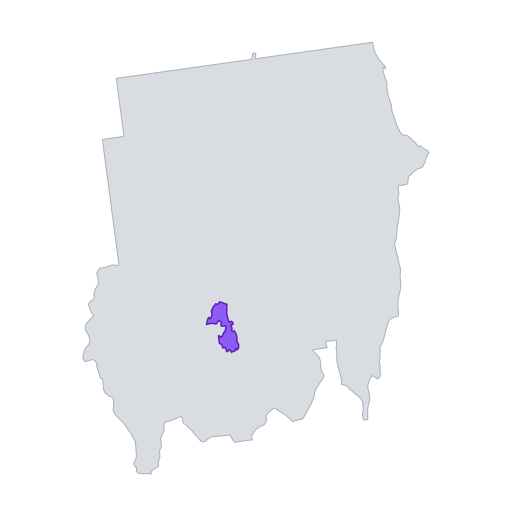 location of An Nuhud, North Kordufan, Sudan, rotated 352°
{"feature_id": "16777658B62353241688309", "entity_name": "An Nuhud", "entity_type": "district", "adm_level": 2, "iso_a3": "SDN", "parent_name": "Sudan", "parent_adm1": "North Kordufan", "projection": "equal_earth", "projection_center": [28.354, 13.164], "detail": "fine", "context": "in_parent", "style": "filled", "palette": "violet", "viewbox_px": 512, "rotation_deg": 352, "n_neighbors": 0, "source": "geoboundaries", "source_scale": "gbopen_adm2", "svg_char_len": 5418}
<svg xmlns="http://www.w3.org/2000/svg" viewBox="0 0 512 512"><g transform="rotate(352 256 256)"><path d="M344.1,433.4L339.9,433.4L339.4,432.0L339.4,428.4L339.9,425.7L341.4,421.3L341.0,418.9L341.2,415.5L340.1,411.7L330.0,400.6L328.0,397.5L322.6,394.7L323.5,391.6L321.2,368.8L322.3,366.2L322.6,362.2L322.5,358.7L323.8,352.9L323.9,350.5L313.2,350.3L313.1,352.8L313.6,355.6L313.6,356.7L298.8,356.8L304.8,365.7L305.0,369.6L304.8,374.5L304.8,377.6L305.2,379.6L306.8,383.6L306.7,384.4L306.3,385.3L295.9,397.2L294.1,402.7L292.7,405.6L289.7,410.5L280.1,423.2L278.5,424.1L271.2,424.5L270.5,424.8L269.9,425.4L269.6,425.3L263.3,417.8L252.7,408.8L245.7,413.5L243.8,415.2L243.8,419.5L242.8,421.7L240.9,424.1L235.7,425.7L233.0,427.0L229.8,429.4L226.7,433.5L226.5,435.6L226.8,437.5L209.0,437.4L207.8,435.9L205.2,429.2L203.4,429.6L187.2,428.8L184.8,429.5L180.2,432.3L177.9,432.7L175.4,431.4L166.9,418.2L165.1,416.6L163.2,413.4L161.3,412.1L160.7,411.0L160.5,409.6L160.6,406.7L160.0,404.9L158.7,404.5L147.2,407.6L145.5,407.2L143.1,407.8L142.3,408.3L141.3,410.1L141.1,413.7L140.8,415.5L139.9,417.5L136.7,422.0L135.9,423.9L136.1,428.9L135.8,431.4L135.3,432.6L133.9,434.5L133.4,435.6L132.8,441.9L131.0,445.8L130.5,447.1L130.4,449.9L130.1,450.7L124.9,452.9L123.0,454.3L121.8,456.5L121.5,457.4L119.3,456.6L116.4,456.1L111.0,455.4L108.9,454.4L107.8,452.9L108.2,449.0L107.6,448.2L106.8,447.5L106.2,445.8L106.3,443.8L109.2,439.4L109.8,437.0L110.6,425.9L110.4,422.5L108.2,416.2L103.0,405.5L101.8,403.4L95.3,394.5L94.6,393.2L93.0,389.5L94.8,381.3L94.9,379.0L94.5,376.7L92.9,374.9L91.4,374.7L89.5,372.5L88.3,371.5L87.2,369.6L86.4,366.9L87.0,357.3L86.7,356.0L85.0,355.6L84.6,355.0L84.7,353.1L83.8,347.6L82.9,343.1L83.4,340.6L82.1,337.2L79.4,335.7L74.2,336.8L72.6,336.6L71.5,336.0L70.8,334.8L70.4,333.3L70.8,331.0L72.3,327.0L74.1,323.6L77.9,320.6L78.9,318.9L79.5,317.1L79.6,315.0L79.4,312.9L79.0,310.9L77.9,308.2L76.9,305.1L76.9,303.0L77.4,301.5L78.4,299.7L82.1,296.2L86.0,293.3L86.6,292.2L86.4,291.0L84.7,288.6L84.2,283.9L83.2,280.6L85.2,278.1L86.6,277.3L88.8,276.5L89.7,275.5L90.0,273.5L89.9,271.6L90.7,270.2L91.8,267.2L92.7,265.9L95.6,262.4L96.3,260.1L96.5,257.9L95.8,251.3L97.4,248.5L99.6,246.3L102.7,246.4L107.4,245.9L110.7,245.0L113.0,245.0L118.2,246.2L118.8,245.7L119.1,243.9L120.1,119.2L141.7,119.2L141.9,119.0L142.4,60.6L278.0,60.7L279.1,60.4L281.2,55.0L282.1,54.6L283.5,54.9L283.9,56.2L282.9,60.6L401.2,60.6L401.5,67.3L402.6,72.6L406.1,80.2L409.1,84.3L410.1,86.6L410.3,87.6L410.1,88.6L409.3,87.5L407.8,86.7L407.6,90.3L408.5,97.6L409.8,102.7L409.0,107.5L409.3,115.5L411.0,125.2L410.8,131.4L413.6,145.8L416.1,153.8L417.5,155.8L419.0,156.9L421.9,157.5L426.2,161.6L429.6,166.0L430.8,168.2L432.5,170.7L433.6,170.2L434.3,169.6L435.4,171.6L440.8,175.9L441.6,177.9L439.8,179.9L437.6,183.3L436.6,186.4L436.0,187.4L434.3,189.4L434.0,190.4L433.3,191.0L432.5,191.0L430.7,192.1L429.0,191.8L427.4,192.3L426.8,193.1L425.5,193.8L423.7,194.1L421.0,196.8L418.6,198.1L417.8,199.1L416.6,204.5L415.7,205.9L412.2,206.0L410.4,206.5L408.0,205.9L406.9,205.9L406.6,207.1L406.2,211.7L406.3,213.6L404.4,218.8L405.1,228.6L403.3,235.9L403.0,237.6L401.1,243.4L400.2,245.6L397.8,256.4L396.9,259.7L394.8,263.3L397.3,289.4L395.6,297.4L395.8,301.8L394.6,308.2L393.6,311.2L392.1,314.8L390.7,318.9L389.6,324.2L389.0,334.3L388.6,335.2L382.2,336.4L380.2,337.2L378.9,338.3L377.3,340.9L374.1,348.0L372.4,352.3L369.8,358.3L366.7,362.5L366.0,364.5L365.5,368.4L364.4,374.4L363.4,378.7L363.6,382.2L362.7,388.2L362.9,391.1L361.8,392.7L360.3,394.3L359.3,394.7L354.8,390.7L351.7,393.4L349.8,397.3L348.3,401.2L349.2,409.6L349.1,411.4L348.7,413.4L345.8,421.6L344.9,425.3L344.1,431.8L344.1,433.4Z" fill="#d9dde1" stroke="#a8b0b8" stroke-width="1"/><path d="M225.6,332.0L225.6,331.0L224.1,327.3L224.0,327.5L222.8,327.3L221.8,327.2L221.6,325.6L222.3,324.2L221.6,322.4L221.7,320.7L222.2,320.4L223.5,320.7L224.0,319.3L223.4,318.0L222.1,317.2L221.3,317.6L220.5,317.8L219.9,317.0L219.3,313.1L219.0,308.8L219.4,306.2L219.7,304.1L220.4,299.8L220.4,299.7L219.7,299.4L219.3,299.2L219.0,299.0L218.8,299.0L218.2,298.7L216.8,297.9L216.7,297.8L216.1,297.4L215.2,297.3L214.9,297.1L214.8,296.9L213.6,296.3L213.1,296.9L212.9,297.2L212.3,298.0L210.7,298.4L209.5,297.7L209.4,297.7L208.6,298.8L206.4,300.6L204.1,304.5L204.4,306.1L204.1,308.3L203.7,309.6L203.0,310.6L202.5,311.2L201.6,311.6L201.4,310.8L200.9,310.3L199.8,311.1L198.3,314.4L197.6,316.9L198.0,316.9L202.1,316.4L205.2,317.1L207.1,317.7L208.7,316.0L209.9,315.0L210.7,314.9L211.5,315.8L212.4,316.9L211.9,318.2L211.8,320.5L212.9,320.8L216.2,320.7L216.4,321.7L216.0,323.2L214.7,326.8L214.0,326.8L212.2,329.2L210.9,331.5L210.0,331.0L209.3,331.4L208.9,331.0L208.9,330.3L208.0,329.8L207.6,332.1L207.6,336.1L207.7,337.4L208.6,338.2L209.0,338.4L209.7,338.7L210.1,340.8L210.2,341.5L210.3,342.3L211.0,342.4L211.6,342.5L212.3,342.2L212.5,342.2L212.6,342.3L213.0,342.7L213.2,342.9L213.3,343.7L213.4,344.9L213.6,346.0L213.8,346.5L214.0,346.7L214.6,346.6L214.9,346.3L215.6,345.8L216.2,345.3L216.4,345.2L216.6,345.1L216.8,345.1L217.2,345.4L217.9,347.0L218.3,347.9L218.8,347.7L219.9,347.4L220.7,347.4L221.4,347.3L221.5,347.2L221.9,346.9L222.3,346.2L222.7,345.7L223.2,345.0L223.6,346.2L223.8,346.3L224.0,346.1L224.5,345.9L225.1,345.7L225.4,345.3L225.5,345.2L226.1,344.1L226.2,343.3L226.3,342.8L226.3,342.6L226.4,341.2L226.5,340.9L226.4,340.7L226.2,340.5L225.6,339.8L225.3,336.9L225.7,334.0L225.6,332.0Z" fill="#8b5cf6" stroke="#5b21b6" stroke-width="1.5"/></g></svg>